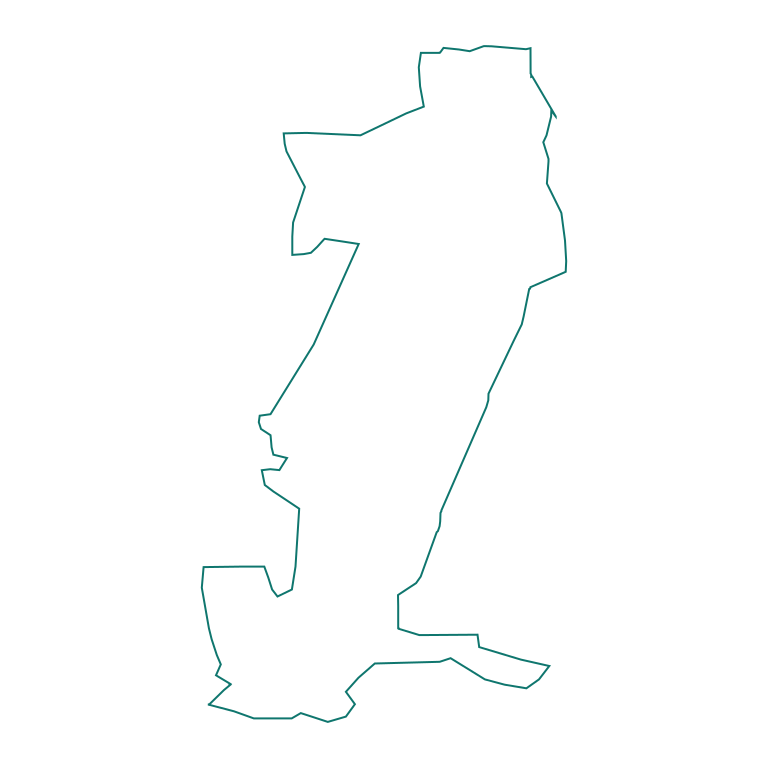 Magtymguly, Balkan, Turkmenistan (Natural Earth projection)
{"feature_id": "10190150B5540422332593", "entity_name": "Magtymguly", "entity_type": "district", "adm_level": 2, "iso_a3": "TKM", "parent_name": "Turkmenistan", "parent_adm1": "Balkan", "projection": "natural_earth1", "projection_center": [56.485, 39.153], "detail": "fine", "context": "isolated", "style": "outline", "palette": "teal", "viewbox_px": 768, "rotation_deg": 0, "n_neighbors": 0, "source": "geoboundaries", "source_scale": "gbopen_adm2", "svg_char_len": 1836}
<svg xmlns="http://www.w3.org/2000/svg" viewBox="0 0 768 768"><path d="M229.8,684.4L230.4,684.7L223.9,690.1L209.5,704.2L208.0,704.5L234.0,711.3L253.8,718.4L291.7,718.4L300.8,713.1L311.6,716.6L327.8,721.9L345.9,716.6L354.9,704.2L345.9,691.8L358.5,677.7L374.8,663.5L439.7,661.8L450.6,658.2L484.9,679.4L504.7,684.7L526.4,688.3L539.0,679.4L549.3,666.0L520.9,659.6L479.2,647.1L477.5,634.7L419.4,635.1L398.7,628.8L398.7,628.3L398.2,628.2L398.2,605.9L398.0,595.1L398.2,594.9L416.1,583.1L420.7,576.6L436.7,532.2L437.9,531.1L439.6,526.2L440.2,521.3L440.5,512.9L441.4,511.1L441.4,510.4L486.3,407.2L488.3,400.3L488.5,393.7L498.5,372.7L513.6,341.0L521.5,324.9L521.7,324.6L523.6,316.6L529.2,289.0L530.1,288.6L530.4,287.2L565.7,271.8L566.2,261.1L565.0,240.5L561.4,213.1L560.7,211.5L546.9,183.5L548.5,161.5L548.5,158.9L543.3,142.2L546.5,135.4L551.1,116.6L551.3,110.8L551.3,110.5L555.7,116.5L555.7,116.4L532.3,76.5L531.2,76.9L531.2,76.6L531.2,74.5L530.6,73.5L530.5,48.2L526.0,49.2L491.6,46.3L484.3,46.1L483.6,46.2L469.7,51.2L459.0,49.5L443.5,47.9L440.1,52.6L439.5,52.6L439.3,52.9L420.9,52.9L418.8,67.3L420.1,86.4L423.8,106.6L406.2,113.4L360.5,135.3L306.5,132.9L283.7,133.4L284.7,143.8L286.5,151.4L292.9,163.8L300.8,179.1L304.8,186.7L304.9,187.0L293.1,222.5L292.3,236.5L292.3,254.9L303.7,254.1L310.9,252.8L317.2,246.9L323.7,239.7L324.6,238.8L343.2,241.6L358.7,244.0L313.7,344.5L270.5,414.2L259.7,415.7L258.8,422.2L261.0,429.0L270.5,435.2L270.6,435.9L271.6,447.4L273.4,454.7L273.5,454.7L286.6,457.9L287.0,458.0L281.5,466.7L279.4,470.1L270.2,469.2L261.8,470.2L264.8,485.0L273.4,491.5L285.6,499.6L299.2,508.7L295.5,566.6L291.9,589.5L277.5,596.5L272.1,589.5L268.3,577.6L264.3,566.6L241.4,566.6L203.6,567.1L201.8,587.7L208.9,628.2L211.6,639.1L216.8,655.0L220.8,664.4L216.0,675.3L230.3,683.9L229.8,684.4Z" fill="none" stroke="#0f766e" stroke-width="2"/></svg>